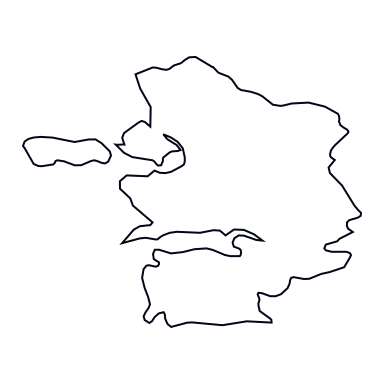 an SVG outline of Lääne
{"feature_id": "EST-1661", "entity_name": "Lääne", "entity_type": "County", "adm_level": 1, "iso_a3": "EST", "parent_name": "Estonia", "parent_adm1": "", "projection": "equal_earth", "projection_center": [23.689, 58.901], "detail": "fine", "context": "isolated", "style": "outline", "palette": "ink", "viewbox_px": 384, "rotation_deg": 0, "n_neighbors": 0, "source": "natural_earth", "source_scale": "10m", "svg_char_len": 3022}
<svg xmlns="http://www.w3.org/2000/svg" viewBox="0 0 384 384"><path d="M171.4,327.0L170.9,326.7L167.5,324.0L165.2,318.7L164.8,314.4L163.6,312.2L158.8,313.4L154.6,317.1L152.1,321.1L149.4,323.0L144.7,320.0L143.6,316.3L145.6,312.2L148.5,308.1L150.0,304.3L148.2,297.2L144.6,287.8L142.1,277.9L143.6,269.1L146.4,265.7L149.0,265.2L155.6,266.7L158.0,265.9L159.0,264.1L158.9,262.3L153.8,259.1L153.0,254.0L154.8,249.8L158.9,249.7L171.0,253.4L182.8,252.1L194.5,249.2L206.5,248.4L212.7,249.9L224.9,255.0L230.1,256.1L239.8,256.1L240.7,254.9L241.1,252.2L240.5,249.6L238.7,248.4L233.8,246.6L232.6,242.6L234.4,238.2L238.8,235.4L244.1,235.7L256.4,240.0L262.5,240.6L254.0,234.3L243.9,229.9L234.0,229.5L225.6,235.4L219.9,230.6L213.5,230.2L200.0,232.8L177.0,231.8L169.7,232.8L163.4,235.2L160.2,237.1L157.8,239.2L155.9,239.5L145.9,237.8L139.8,238.4L122.1,243.2L133.8,229.6L139.9,226.2L150.3,225.1L152.6,222.4L132.9,205.6L130.3,198.4L120.0,188.7L119.9,181.2L126.7,175.4L147.6,176.3L154.5,170.6L159.9,172.8L165.5,173.1L171.1,171.8L181.2,166.4L183.8,164.6L184.7,162.1L184.8,157.5L182.8,148.4L177.7,141.9L170.8,137.4L163.3,134.3L167.3,139.2L176.6,145.0L180.5,150.0L177.8,151.0L172.1,151.4L169.8,152.3L163.3,157.5L162.9,158.8L162.9,161.0L161.2,165.2L158.1,165.6L156.2,163.9L154.5,161.6L152.6,160.3L132.3,157.1L124.0,152.8L115.7,144.6L117.8,144.8L122.3,144.5L124.4,144.6L122.2,137.8L124.0,133.1L138.3,122.7L141.6,120.9L144.9,122.0L150.3,126.6L150.7,107.1L140.2,88.6L135.5,74.3L152.7,67.5L156.2,67.7L162.8,69.4L166.5,69.8L169.3,69.0L173.8,65.5L180.9,63.2L184.7,60.1L189.2,57.3L195.6,57.0L212.3,67.0L213.2,67.1L213.4,67.4L218.4,72.7L228.4,76.6L232.2,80.0L237.6,87.9L241.0,90.0L250.9,91.8L257.9,94.0L262.3,96.3L272.9,104.7L280.3,105.9L283.5,105.5L291.7,103.5L308.6,102.6L324.9,106.6L338.0,113.9L338.9,115.8L339.4,118.6L339.0,121.3L340.3,125.0L343.5,127.5L347.0,129.6L348.3,131.2L348.3,132.3L347.3,133.7L335.0,145.2L333.1,147.4L331.0,150.4L330.1,154.0L330.1,155.8L331.2,157.5L334.8,160.0L328.6,167.5L329.9,173.0L342.1,185.6L354.3,205.4L357.8,209.7L361.0,212.9L360.7,215.8L357.7,217.7L349.2,220.2L347.0,222.4L346.9,226.0L348.1,228.7L352.8,232.0L339.5,238.8L337.2,241.3L325.8,244.6L324.3,248.4L326.0,250.4L331.8,251.8L346.5,251.8L349.9,253.1L351.0,255.0L350.1,257.2L344.2,267.2L329.6,272.1L321.3,273.9L309.2,278.8L303.9,279.0L293.4,277.1L291.0,278.0L290.1,280.3L289.5,283.9L287.6,288.1L281.0,294.2L275.7,296.2L270.3,296.2L262.0,293.2L258.4,292.8L257.7,294.2L258.4,296.3L259.1,297.8L259.4,299.2L259.3,300.7L258.5,302.9L258.4,305.2L259.7,311.0L270.2,318.6L271.3,319.7L271.6,322.6L246.8,321.3L222.5,325.2L192.0,322.4L187.1,322.7L171.6,326.8L171.4,327.0L171.4,327.0ZM101.7,143.3L109.8,151.4L111.0,155.6L108.2,161.6L104.9,163.5L101.1,162.7L97.4,161.1L94.1,160.3L90.8,161.1L81.2,165.2L74.7,165.3L64.0,161.3L57.4,160.3L55.5,161.1L54.8,162.8L53.4,164.4L41.9,166.2L38.4,166.0L33.7,164.0L24.7,148.2L23.0,146.0L24.6,141.6L28.5,138.9L33.8,137.5L40.7,136.9L52.6,137.6L74.6,142.0L88.5,139.5L95.5,139.4L101.7,143.3Z" fill="none" stroke="#020617" stroke-width="2"/></svg>